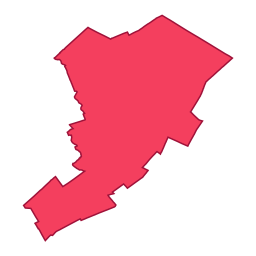 Selaru, Dâmbovita, Romania (Robinson projection)
{"feature_id": "2599482B55350646463650", "entity_name": "Selaru", "entity_type": "district", "adm_level": 2, "iso_a3": "ROU", "parent_name": "Romania", "parent_adm1": "Dâmbovita", "projection": "robinson", "projection_center": [25.307, 44.47], "detail": "fine", "context": "isolated", "style": "filled", "palette": "rose", "viewbox_px": 256, "rotation_deg": 0, "n_neighbors": 0, "source": "geoboundaries", "source_scale": "gbopen_adm2", "svg_char_len": 5575}
<svg xmlns="http://www.w3.org/2000/svg" viewBox="0 0 256 256"><path d="M81.1,220.4L85.3,218.7L86.8,218.0L88.6,217.3L98.1,213.4L99.0,213.0L104.9,210.7L107.5,209.7L112.0,207.9L114.2,207.0L114.5,206.9L114.9,206.5L115.2,206.3L115.4,205.9L115.9,205.0L115.6,204.7L115.3,204.3L114.9,203.7L114.5,203.2L114.0,202.7L113.5,202.2L113.2,201.9L112.5,200.9L112.1,200.4L110.5,198.6L109.5,197.4L109.4,197.3L109.3,197.2L108.5,196.1L108.0,195.2L108.6,195.0L108.8,194.9L109.1,194.9L109.5,194.7L109.8,194.7L110.0,194.6L110.3,194.5L110.4,194.4L110.5,194.3L111.5,194.2L113.6,193.7L113.9,193.6L112.4,192.1L123.6,184.0L126.0,186.5L127.4,188.2L132.7,184.4L133.9,183.5L139.2,179.7L141.1,178.3L141.7,177.9L141.9,177.8L142.6,177.3L143.2,176.6L143.6,176.0L145.5,173.7L146.0,173.1L146.5,172.6L146.6,172.2L147.6,171.1L148.0,170.6L148.1,170.4L147.4,170.1L147.0,169.8L146.3,169.5L145.5,169.2L145.0,168.9L144.2,168.4L142.9,167.8L142.4,167.6L143.5,166.3L144.5,165.3L145.1,164.6L145.8,164.0L147.6,161.8L148.9,160.2L149.6,159.4L152.5,156.2L153.7,155.0L154.3,154.4L155.0,153.7L155.2,153.4L156.2,152.4L156.6,151.9L157.0,151.6L157.8,152.2L158.8,152.8L159.2,153.2L159.5,153.3L160.4,154.1L160.8,153.2L161.2,152.2L161.5,152.1L162.9,148.9L163.6,147.4L163.9,146.5L164.1,146.1L164.5,145.3L164.6,144.9L164.9,144.2L165.4,143.0L165.6,142.7L166.2,141.4L166.4,140.8L167.3,138.8L168.0,137.2L170.8,138.5L171.8,138.9L177.6,141.5L181.8,143.5L187.8,146.1L188.6,144.4L191.5,139.1L193.1,136.3L193.3,135.8L194.3,134.2L195.3,132.1L195.6,131.6L196.0,130.7L196.6,129.6L199.3,125.7L202.5,121.0L200.0,120.3L199.6,120.1L198.9,119.8L198.4,119.4L194.2,115.5L192.6,113.9L191.9,113.1L190.5,111.9L191.1,111.2L191.4,110.7L191.7,110.1L192.6,108.6L193.2,107.7L193.8,106.7L194.2,106.0L194.7,105.2L194.9,104.9L195.1,104.6L196.5,102.3L197.9,100.0L198.1,99.6L199.0,98.1L199.4,97.4L200.3,96.0L200.8,94.7L201.2,94.0L201.3,93.9L201.4,93.7L201.7,92.9L202.0,92.0L202.3,91.3L202.5,90.9L202.9,89.7L203.0,89.3L203.2,88.8L203.5,88.3L203.8,87.2L204.4,85.6L204.5,85.3L205.6,82.8L205.8,82.1L206.0,81.9L206.2,81.7L207.2,80.8L208.4,79.6L208.8,79.3L209.4,78.7L210.1,78.2L211.8,76.6L212.7,75.9L213.0,75.6L215.4,73.4L216.4,72.5L217.2,71.7L220.0,69.3L221.0,68.3L222.2,67.2L223.4,66.3L224.9,64.9L226.7,63.3L227.4,62.6L228.3,61.9L231.5,58.9L231.8,58.7L232.4,58.1L229.1,55.9L225.2,53.8L221.3,51.4L219.0,50.0L212.8,46.2L205.1,41.5L201.6,39.4L198.0,37.2L194.4,35.1L187.7,31.1L187.0,30.7L176.4,24.1L170.0,20.1L167.4,18.6L162.1,15.4L160.9,16.0L159.1,16.9L158.6,17.1L158.0,17.4L156.2,18.2L156.1,18.5L154.1,19.8L150.1,22.6L148.6,23.6L148.1,23.8L144.3,26.4L142.4,27.9L140.0,29.5L139.0,30.3L137.8,30.9L136.3,31.5L134.2,32.5L132.8,33.2L129.3,35.1L129.0,35.2L127.4,32.1L123.7,33.4L111.8,38.4L111.7,38.3L110.7,39.1L104.6,36.0L97.2,32.4L89.4,28.3L88.0,27.4L84.9,30.1L82.3,32.5L65.6,47.6L64.7,48.6L64.4,49.3L64.0,49.4L63.5,49.4L63.2,49.6L59.9,52.7L60.1,52.9L58.7,54.1L56.1,56.6L55.0,57.6L54.5,57.8L54.2,58.1L54.5,58.6L55.5,59.2L56.2,59.5L56.7,59.4L57.3,59.5L57.9,59.8L58.5,59.6L59.0,59.4L59.4,59.5L60.4,60.3L60.7,60.7L61.0,61.2L61.2,61.9L61.4,62.4L61.3,62.6L61.4,63.1L61.7,63.5L62.5,64.1L64.4,64.8L64.7,65.0L65.2,65.2L65.5,65.4L64.8,66.1L64.7,66.4L64.9,66.8L65.7,68.0L65.9,68.7L66.3,69.3L66.7,70.3L67.1,71.5L67.3,72.9L67.6,73.6L68.4,75.5L69.5,78.3L69.9,79.4L70.0,79.7L70.1,80.0L70.7,81.0L71.5,83.2L72.1,84.5L72.2,84.9L73.9,89.1L74.4,90.6L74.7,91.2L76.1,91.2L76.7,91.4L77.0,91.7L77.0,91.9L76.9,92.4L74.8,96.2L74.5,96.7L74.5,97.1L74.8,97.9L75.4,98.7L77.9,100.7L78.5,102.0L78.9,102.8L79.5,103.2L80.4,103.6L81.1,104.1L82.1,105.3L82.1,105.5L81.4,106.8L81.1,107.2L81.0,107.7L80.9,108.2L80.9,108.7L81.0,109.4L81.4,109.9L82.7,110.8L83.8,112.4L84.5,113.2L84.6,113.4L84.0,113.6L83.6,113.8L83.2,114.1L83.9,116.0L84.0,116.4L84.3,117.0L84.8,118.3L85.2,119.3L85.2,119.6L85.0,119.9L82.9,120.5L79.9,121.5L78.3,122.0L77.9,122.1L76.7,122.5L69.5,124.7L69.5,124.8L73.0,128.6L72.3,128.7L71.0,129.5L70.6,129.4L69.8,130.1L69.6,130.4L69.4,130.6L67.6,132.1L67.3,132.3L67.5,132.7L67.8,133.4L68.6,135.3L69.2,135.1L70.0,135.1L70.4,135.2L70.8,135.4L71.1,135.3L71.2,135.2L71.4,135.2L71.5,136.1L71.7,137.0L71.7,137.6L71.6,138.2L71.5,138.6L71.2,140.4L71.8,141.6L72.4,142.5L73.2,143.2L73.9,143.7L74.6,144.0L74.8,144.3L75.1,144.3L75.9,144.7L76.7,145.1L77.1,145.5L77.1,146.0L76.8,146.1L76.1,146.5L75.2,146.8L75.0,147.0L75.2,147.7L75.5,148.4L75.7,149.1L76.2,149.6L76.9,149.8L77.8,150.2L78.7,150.8L79.0,151.3L79.4,151.7L80.1,152.0L80.5,152.7L80.9,153.6L80.8,154.2L80.9,154.4L81.1,154.6L81.2,155.8L81.4,156.2L81.2,156.6L81.1,156.8L80.7,156.9L80.2,157.3L80.4,157.6L80.3,157.8L79.5,158.1L79.2,158.3L78.9,158.8L78.9,159.3L78.8,159.5L78.6,159.6L77.7,160.0L77.3,160.3L76.0,161.7L75.9,162.0L75.4,162.3L74.5,162.9L73.6,163.4L73.2,163.5L72.9,163.5L72.9,164.0L72.6,164.4L72.7,164.9L72.9,165.3L73.4,165.8L74.6,166.8L76.2,167.9L76.5,168.2L76.6,168.3L77.8,168.9L79.5,170.0L80.0,169.9L81.1,169.9L82.1,170.1L83.5,170.9L84.6,171.2L74.0,179.0L68.2,183.1L62.8,186.6L57.9,179.9L55.5,176.6L53.7,178.0L52.5,179.2L51.9,179.6L50.7,180.4L50.0,181.4L46.1,185.0L44.1,186.9L42.5,188.5L41.5,189.4L40.2,190.4L34.1,196.1L23.6,205.4L25.3,208.0L30.8,208.4L31.7,209.9L35.7,216.8L36.9,218.7L38.6,221.5L35.0,223.3L36.9,226.3L37.0,226.7L37.3,227.1L37.4,227.4L37.7,227.8L38.2,228.7L38.5,228.6L39.6,230.3L42.2,235.2L43.2,236.9L44.4,239.1L45.3,240.6L47.9,237.8L48.2,237.5L48.9,236.7L50.4,235.3L50.6,235.1L50.9,235.1L51.5,235.2L52.6,235.4L52.7,235.2L53.6,234.3L54.6,233.1L55.7,232.0L56.1,231.6L57.3,230.9L60.0,229.6L61.0,229.0L61.3,228.9L61.6,228.7L68.9,224.8L75.9,221.1L77.0,220.5L80.2,218.9L81.1,220.4Z" fill="#f43f5e" stroke="#9f1239" stroke-width="1.5"/></svg>